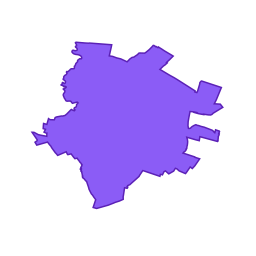 Rēzekne, Rezekne, Latvia (Equal Earth projection), rotated 19°
{"feature_id": "27541924B24417466951729", "entity_name": "Rēzekne", "entity_type": "district", "adm_level": 2, "iso_a3": "LVA", "parent_name": "Latvia", "parent_adm1": "Rezekne", "projection": "equal_earth", "projection_center": [27.335, 56.508], "detail": "fine", "context": "isolated", "style": "filled", "palette": "violet", "viewbox_px": 256, "rotation_deg": 19, "n_neighbors": 0, "source": "geoboundaries", "source_scale": "gbopen_adm2", "svg_char_len": 5573}
<svg xmlns="http://www.w3.org/2000/svg" viewBox="0 0 256 256"><g transform="rotate(19 128 128)"><path d="M120.9,214.5L124.5,214.3L132.7,208.6L134.3,207.5L138.8,203.7L140.1,202.5L143.6,199.9L146.7,197.0L145.8,194.6L145.6,193.1L144.2,185.6L144.8,185.5L146.8,185.3L147.1,184.5L146.8,184.3L146.3,183.7L146.7,183.4L146.4,182.6L148.2,181.0L149.5,178.6L150.0,177.7L152.0,174.2L153.2,172.0L154.2,170.2L154.3,169.4L154.6,168.1L155.7,163.9L155.9,163.4L173.9,163.3L173.7,161.3L174.7,161.1L175.8,161.1L176.3,157.5L176.5,157.3L177.4,156.4L181.5,158.1L185.2,153.9L185.9,150.7L187.4,150.7L190.3,151.9L197.2,152.4L197.7,151.1L199.5,144.6L202.0,145.4L203.5,142.0L205.8,133.8L200.8,133.9L200.6,133.6L200.1,133.6L193.8,133.7L188.2,133.8L188.9,132.1L189.2,131.8L189.4,131.7L189.7,130.9L190.0,130.1L189.8,129.8L189.8,128.9L190.1,128.9L190.2,127.9L189.9,127.2L189.9,126.7L189.7,126.1L189.7,125.0L189.3,123.1L188.9,121.6L188.6,120.9L188.0,119.7L187.6,119.1L186.6,117.6L196.1,117.1L199.5,116.8L198.8,112.8L216.9,111.6L216.8,110.9L217.3,110.8L216.9,109.7L216.6,108.3L216.1,106.6L216.2,105.9L216.3,105.8L216.3,105.1L216.2,103.9L215.6,103.9L215.7,101.8L215.7,101.5L215.4,101.2L211.4,101.2L211.6,103.8L211.6,104.2L210.8,103.9L209.7,103.2L208.4,102.7L199.8,102.4L196.6,102.7L195.2,102.7L193.8,102.7L193.0,102.9L191.1,102.8L189.8,103.9L189.0,104.8L188.2,105.7L187.6,106.7L187.2,107.7L186.8,108.1L186.1,108.5L185.3,108.7L184.0,106.4L182.8,102.4L182.1,98.0L181.3,92.2L184.6,91.4L187.1,91.1L186.4,91.7L190.0,91.5L195.2,90.7L195.0,90.3L199.5,89.5L201.9,88.8L203.0,87.8L203.7,86.3L210.9,77.6L207.5,75.4L201.7,77.0L202.3,72.7L203.1,59.3L182.3,59.6L181.8,60.1L181.5,60.8L181.2,61.8L181.5,63.3L181.8,70.5L181.7,70.7L181.5,72.1L179.4,72.1L179.4,71.1L158.9,66.2L155.2,65.4L150.0,64.5L139.1,62.2L141.4,57.7L142.3,56.6L143.9,53.7L143.1,53.5L143.5,52.7L145.0,50.0L147.3,45.3L146.1,45.0L137.3,43.2L134.3,42.4L130.3,41.5L130.1,42.3L127.9,41.8L127.7,42.1L125.5,41.5L124.9,41.8L124.5,42.9L122.6,46.9L120.4,50.5L119.5,51.6L119.4,51.8L114.6,53.3L113.9,53.7L113.1,55.5L110.4,59.1L109.5,59.6L108.9,59.9L107.3,62.1L105.6,65.7L98.7,65.0L94.4,65.4L90.2,65.3L86.8,65.9L85.8,56.7L85.5,54.6L66.7,59.5L63.7,60.3L63.3,60.6L59.4,61.7L51.0,63.8L50.5,64.3L50.9,65.0L51.8,65.6L52.2,66.0L52.5,66.6L52.6,67.0L52.1,67.4L51.8,68.0L51.9,68.4L52.3,68.7L53.6,69.2L54.1,69.6L54.4,70.1L54.5,70.7L54.3,71.2L53.7,71.7L53.2,72.0L52.2,72.2L51.1,72.2L50.6,72.4L50.2,72.8L50.1,73.4L50.1,73.9L50.3,74.4L51.0,74.9L51.9,75.3L52.6,75.5L53.7,75.5L55.0,75.4L56.0,75.1L56.9,75.0L57.9,74.9L59.6,75.1L59.9,75.2L60.6,75.7L61.1,76.1L61.3,76.7L61.5,77.2L61.4,77.6L60.7,78.0L59.8,78.2L58.5,80.1L58.4,80.8L58.7,81.4L58.7,81.8L57.7,84.0L57.7,85.6L57.6,86.4L57.5,86.8L57.2,87.1L57.3,87.5L57.5,88.0L57.8,88.7L57.8,89.1L57.6,89.5L56.7,89.9L55.5,90.3L55.0,90.5L54.4,91.3L54.1,92.1L53.6,93.0L53.4,93.4L53.2,93.9L52.9,94.2L52.5,94.5L51.9,94.4L51.6,94.9L51.8,95.6L52.5,96.1L52.4,97.0L52.1,97.7L51.7,98.3L51.4,98.4L51.0,99.1L50.6,100.1L50.6,100.8L50.9,101.4L51.0,102.0L50.7,102.8L50.9,103.2L51.8,103.4L52.8,103.8L53.5,104.1L53.7,104.3L53.9,104.7L54.0,105.7L53.8,106.3L53.6,106.5L53.1,106.7L52.4,106.5L51.9,106.2L51.4,106.2L51.2,106.4L51.2,106.9L51.3,107.4L51.2,108.0L51.1,108.5L51.0,108.8L50.7,109.0L50.8,109.2L52.0,109.1L52.6,109.1L53.0,109.2L53.2,109.6L53.6,109.8L53.9,109.9L54.3,109.8L54.6,109.6L54.6,109.1L55.2,109.1L55.7,109.2L56.2,109.3L56.3,109.5L56.2,109.9L55.9,110.4L55.2,111.3L54.6,111.8L54.1,112.1L54.2,112.4L54.5,112.6L55.7,112.9L56.1,113.3L56.3,113.6L56.4,114.1L56.5,114.5L55.9,116.8L55.9,117.4L56.0,117.8L56.3,118.4L57.7,120.0L58.0,120.4L59.2,121.3L59.7,121.7L60.0,122.1L60.4,122.4L60.9,122.5L61.3,122.5L61.9,122.4L63.7,121.6L64.9,121.4L65.2,121.4L65.4,121.5L65.7,121.6L66.3,122.2L67.2,122.6L67.5,122.7L67.8,122.5L68.3,122.1L71.3,120.2L71.6,120.1L71.9,120.2L72.2,120.2L72.5,120.4L72.5,120.7L72.5,121.0L71.9,122.2L71.8,122.5L71.8,122.8L71.8,123.0L72.0,123.5L72.1,124.0L72.1,124.7L71.8,125.3L70.9,126.1L70.7,126.5L70.7,127.1L70.9,127.6L71.5,128.1L72.0,128.2L71.7,129.1L70.8,129.2L70.1,129.2L68.4,128.9L67.9,129.7L67.6,130.4L66.5,132.7L65.6,134.6L64.4,136.6L62.3,138.0L61.2,138.3L57.0,140.7L55.8,141.7L55.7,141.9L55.7,142.1L55.7,144.1L55.6,144.3L51.9,145.4L51.6,145.5L49.8,145.0L50.1,151.0L46.7,151.2L46.8,151.7L47.3,153.7L48.0,156.2L50.4,156.1L50.2,157.9L50.0,158.5L50.0,159.3L51.7,159.4L52.7,159.6L52.9,159.6L53.0,159.5L53.9,162.3L47.8,163.2L46.0,163.4L45.5,163.5L40.5,162.7L38.7,163.3L46.1,168.8L46.1,169.8L44.7,171.7L47.3,173.9L56.5,167.5L59.3,169.4L61.0,170.3L62.1,171.4L67.4,175.1L68.5,175.6L70.4,176.8L71.9,175.5L72.3,175.1L77.3,170.6L79.1,172.4L79.5,172.7L79.8,172.8L82.6,171.0L84.3,172.1L85.9,173.2L87.8,174.3L89.7,173.1L91.6,174.5L92.1,174.7L92.4,175.0L93.9,176.1L94.8,176.5L96.2,177.4L96.0,177.7L96.3,178.0L96.5,178.1L96.6,178.3L96.6,178.7L96.6,178.8L96.5,179.1L96.5,179.4L96.6,179.5L96.5,180.2L96.3,180.3L96.2,180.5L96.3,180.7L96.5,181.0L97.0,181.5L96.6,181.7L96.7,181.9L96.5,182.3L97.1,182.6L97.4,182.8L97.3,183.0L97.0,183.0L97.5,183.4L97.4,183.5L97.5,183.6L97.6,183.8L97.9,183.8L98.0,183.9L97.9,184.1L98.0,184.2L97.9,184.3L98.3,184.5L98.6,184.6L98.8,185.3L99.0,185.5L99.5,186.3L99.7,186.7L100.0,187.1L100.1,187.3L100.2,187.6L100.6,187.9L100.5,188.2L100.6,188.5L100.9,188.6L100.9,188.9L101.0,189.0L101.2,189.6L101.7,189.7L101.8,189.9L102.2,190.1L102.4,190.2L102.7,190.2L103.5,190.5L104.0,190.9L104.1,191.0L105.4,191.8L105.9,191.9L106.3,192.1L106.7,192.6L107.6,193.8L109.7,196.5L110.6,197.8L111.1,198.6L112.8,200.3L114.8,202.2L116.3,203.0L118.2,204.5L120.3,205.9L120.8,206.3L120.9,214.5Z" fill="#8b5cf6" stroke="#5b21b6" stroke-width="1.5"/></g></svg>